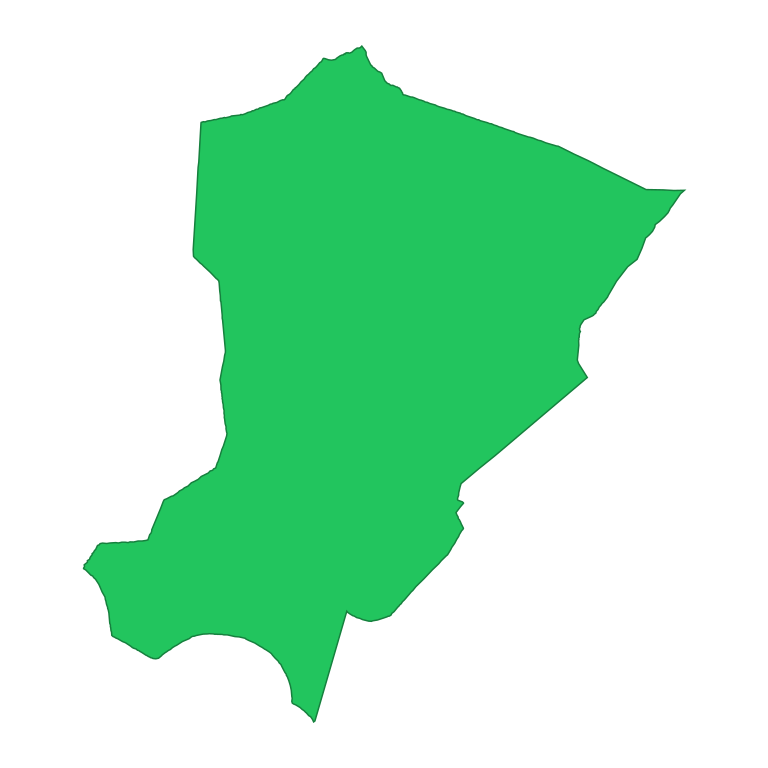 outline of Koumpentoum, Tambacounda, Senegal
{"feature_id": "50182788B60464160168835", "entity_name": "Koumpentoum", "entity_type": "district", "adm_level": 2, "iso_a3": "SEN", "parent_name": "Senegal", "parent_adm1": "Tambacounda", "projection": "orthographic", "projection_center": [-14.431, 14.084], "detail": "fine", "context": "isolated", "style": "filled", "palette": "green", "viewbox_px": 768, "rotation_deg": 0, "n_neighbors": 0, "source": "geoboundaries", "source_scale": "gbopen_adm2", "svg_char_len": 6029}
<svg xmlns="http://www.w3.org/2000/svg" viewBox="0 0 768 768"><path d="M684.4,190.3L673.9,190.5L663.2,189.9L646.1,189.6L603.0,168.3L588.7,160.9L573.6,153.9L558.2,146.2L556.5,146.0L545.7,142.8L540.9,140.8L538.1,140.2L533.4,138.2L529.9,137.2L528.7,137.1L518.5,133.8L515.0,132.5L513.8,131.6L512.1,131.3L504.4,128.7L501.9,127.6L499.1,126.9L496.7,125.8L494.0,125.0L491.5,123.8L489.6,123.6L487.5,122.7L480.2,120.7L478.8,119.8L477.1,119.7L474.6,118.5L466.0,115.7L462.8,114.0L461.6,114.0L460.2,113.1L456.2,112.1L454.8,111.3L452.6,110.9L451.8,110.4L449.4,109.7L447.2,109.3L444.5,108.2L439.0,106.7L436.7,105.8L435.4,105.0L429.8,103.5L427.2,102.3L425.4,102.1L423.9,101.2L421.1,100.2L419.2,99.8L414.0,97.6L412.5,97.1L410.7,97.0L405.2,95.1L403.6,94.9L402.9,94.5L402.5,92.9L402.1,92.5L401.3,90.8L399.5,88.2L398.2,87.7L397.3,87.0L396.4,87.0L392.9,85.3L390.7,85.4L389.2,84.0L387.3,83.3L384.8,80.7L381.7,73.2L380.0,72.1L377.8,71.3L374.4,68.1L372.4,66.9L371.8,65.7L370.9,65.1L370.2,63.9L366.5,56.2L366.1,54.6L366.1,52.5L365.9,51.8L365.2,50.5L361.8,46.1L360.2,47.7L359.0,48.1L357.1,48.1L354.5,49.8L351.7,52.3L349.3,53.2L348.0,52.7L347.3,52.9L346.4,52.8L345.4,53.3L345.2,53.9L344.2,53.9L343.4,54.8L341.8,55.1L340.0,55.9L336.4,58.4L335.6,59.4L331.5,60.2L328.5,59.8L324.7,58.5L323.5,58.4L323.0,58.8L321.9,60.9L321.2,61.8L319.7,62.7L317.7,65.2L316.0,67.1L315.1,67.9L313.7,68.7L311.8,71.3L310.6,72.1L308.3,74.5L307.0,75.4L305.4,77.2L304.1,79.2L301.0,81.9L299.0,84.5L296.1,87.4L295.3,87.7L294.8,88.8L293.4,89.5L291.4,92.3L290.2,93.7L288.8,94.7L287.8,95.2L286.8,96.1L285.0,99.1L284.0,99.9L282.7,99.8L280.3,100.6L276.8,102.5L273.0,103.3L271.7,104.0L270.2,104.2L268.3,105.3L261.6,107.6L259.6,108.0L258.0,109.2L256.3,109.3L253.5,110.8L252.3,110.8L251.0,111.7L247.8,112.5L245.4,113.7L242.6,114.7L240.8,114.5L239.9,115.1L231.4,116.0L230.2,116.7L225.5,117.8L224.4,117.5L222.1,118.2L220.3,118.3L216.0,119.6L214.3,119.6L211.0,120.5L207.4,121.0L205.2,121.9L203.1,121.7L202.5,122.1L201.3,122.3L201.0,122.8L198.8,161.9L198.1,167.4L196.7,193.5L193.2,249.6L193.5,256.2L194.5,257.6L196.5,259.3L200.2,263.1L202.0,264.4L203.6,266.1L210.3,272.3L216.4,278.7L217.4,279.3L218.8,281.0L219.2,283.4L219.7,290.5L220.3,295.4L220.5,300.9L220.9,301.5L221.1,303.3L222.2,315.2L222.2,318.3L222.6,320.1L225.4,350.2L225.4,352.4L224.6,355.5L223.8,361.1L222.5,366.4L220.0,380.0L220.9,385.0L221.0,389.8L221.5,391.0L221.5,392.6L221.9,393.7L222.0,396.5L222.3,397.2L222.1,398.7L222.5,399.8L222.6,401.9L223.2,404.4L223.4,407.8L224.1,410.5L224.0,413.3L224.4,415.4L224.3,417.7L224.6,418.8L225.2,423.8L226.1,426.8L226.0,428.8L226.6,432.2L227.0,433.4L226.6,436.0L223.4,446.0L221.8,449.7L220.2,455.2L218.1,461.6L217.3,462.9L215.7,468.0L213.6,468.9L212.6,470.3L210.1,471.0L208.3,473.0L201.2,476.5L198.3,479.3L194.4,481.4L191.3,482.8L188.0,486.1L184.4,487.8L182.5,489.4L179.4,491.0L178.0,492.5L173.1,495.9L171.3,496.3L166.6,498.8L164.3,499.7L163.4,501.2L160.6,508.5L151.8,529.7L151.6,531.6L151.0,533.1L149.7,534.7L148.0,539.8L146.2,540.4L142.2,541.0L138.1,541.0L133.7,542.0L130.0,541.9L128.1,542.6L125.2,542.2L121.9,542.2L118.3,543.0L115.8,542.6L110.0,543.0L106.8,543.5L102.5,543.1L100.1,543.6L99.2,544.8L97.5,545.5L95.7,549.4L94.5,550.6L93.5,552.5L92.1,553.7L92.3,554.5L90.2,557.3L89.5,559.4L87.4,560.6L87.4,562.3L84.2,564.8L84.5,566.7L83.6,568.1L83.6,568.7L85.8,570.0L90.9,575.2L92.7,576.0L93.7,577.6L95.5,579.2L98.9,584.4L102.2,592.1L105.0,597.0L105.4,599.7L105.9,601.0L106.5,604.2L107.6,607.3L107.7,608.6L108.2,609.7L108.9,613.0L109.7,622.6L109.9,623.8L110.4,624.8L110.4,626.8L110.7,627.7L111.0,630.7L111.5,631.9L111.8,635.4L113.1,636.6L114.5,637.1L115.6,637.9L117.8,638.8L122.6,641.6L125.4,642.7L130.6,646.1L132.4,647.6L134.1,648.4L135.9,648.9L137.5,650.2L139.3,650.8L140.0,651.5L141.4,652.2L146.3,655.4L146.8,655.4L148.3,656.5L149.7,657.0L150.4,657.6L152.0,658.0L153.0,658.5L155.8,658.8L158.6,658.2L161.7,655.6L162.1,655.0L165.1,652.7L166.6,651.8L168.3,650.5L170.4,649.5L172.5,647.6L175.1,646.0L176.6,645.3L182.5,641.5L189.3,638.6L191.8,636.6L193.0,636.3L194.6,636.1L196.2,635.5L203.1,634.1L208.1,633.9L208.9,633.7L213.3,633.9L215.1,634.3L215.9,634.1L217.0,634.3L222.2,634.4L223.5,634.8L227.5,634.9L235.0,636.6L239.1,636.9L245.2,638.3L245.7,638.9L248.7,640.4L254.8,643.0L259.9,646.2L262.0,647.3L264.6,649.1L266.0,649.8L269.8,652.3L271.5,653.7L272.4,655.0L275.2,658.2L278.3,661.2L279.2,662.9L281.0,664.5L281.3,665.4L283.6,669.9L285.1,672.7L286.2,674.1L286.4,675.4L287.3,676.7L288.9,680.9L290.3,685.5L291.3,690.4L291.8,696.3L292.2,698.3L291.8,701.3L292.3,703.1L293.6,704.0L295.6,704.8L300.1,707.5L302.0,709.3L304.2,710.8L305.6,712.3L306.4,712.9L308.7,715.6L310.6,716.7L312.6,719.6L313.6,721.9L314.9,721.0L346.8,611.2L347.9,612.5L349.9,613.9L352.8,615.7L354.3,616.1L356.7,617.6L359.7,618.3L362.6,619.6L368.5,621.1L371.5,621.3L372.7,620.8L377.5,620.0L383.3,618.1L387.1,616.8L387.9,616.3L389.4,616.1L391.1,615.0L391.8,613.4L394.1,611.6L397.7,607.2L399.0,606.0L399.7,604.9L401.2,603.7L402.4,601.8L404.5,599.8L411.4,591.7L412.8,590.5L415.9,586.6L423.7,579.0L432.5,569.7L438.7,563.8L441.3,560.7L446.5,555.6L447.5,554.9L450.8,549.5L451.8,547.4L454.7,543.3L456.7,539.4L458.6,536.5L459.4,534.5L461.8,530.5L462.6,529.8L463.4,528.6L463.3,528.0L461.2,523.8L460.5,522.0L459.2,519.5L458.4,518.8L458.0,516.7L457.0,515.1L456.0,512.6L460.5,506.7L463.5,503.2L463.4,502.8L462.4,501.9L457.9,500.2L457.5,499.4L457.7,497.8L458.6,495.3L458.7,492.9L460.1,486.9L461.1,483.6L479.2,468.4L495.1,455.6L587.3,377.5L578.6,363.6L577.3,360.1L578.8,345.3L578.6,340.6L578.9,339.5L578.7,338.4L579.3,336.9L579.2,335.9L579.5,333.3L580.4,331.4L579.7,330.6L579.5,328.4L580.0,327.5L580.2,325.8L581.0,324.3L584.0,319.8L592.2,316.0L593.5,315.2L594.3,314.2L595.7,313.3L596.5,311.1L597.9,309.7L599.3,306.9L600.8,305.3L602.1,303.4L603.8,301.9L607.5,297.1L608.5,295.0L616.6,281.1L627.7,266.7L637.1,259.3L641.9,248.4L645.7,237.8L647.1,236.8L649.8,234.3L652.5,231.3L654.7,227.2L655.2,224.6L659.7,221.2L664.7,216.4L667.9,212.9L669.4,210.2L670.2,208.2L672.7,205.1L680.4,193.8L684.4,190.3Z" fill="#22c55e" stroke="#15803d" stroke-width="1.5"/></svg>